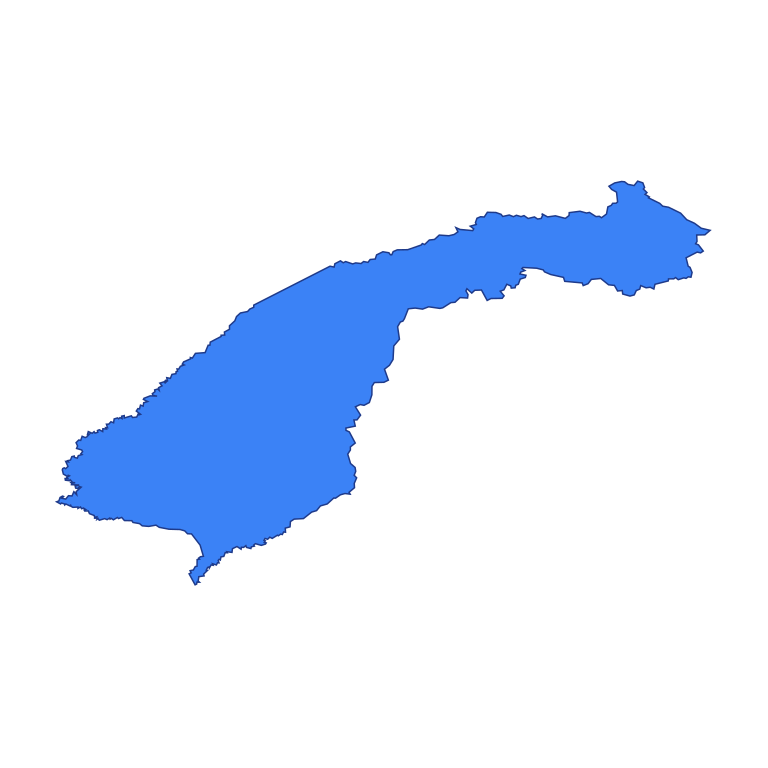 San Vicente Del Caguán, Caquetá, Colombia (Equal Earth projection), rotated 88°
{"feature_id": "7082276B18611822799653", "entity_name": "San Vicente Del Caguán", "entity_type": "district", "adm_level": 2, "iso_a3": "COL", "parent_name": "Colombia", "parent_adm1": "Caquetá", "projection": "equal_earth", "projection_center": [-74.217, 1.75], "detail": "fine", "context": "isolated", "style": "filled", "palette": "blue", "viewbox_px": 768, "rotation_deg": 88, "n_neighbors": 0, "source": "geoboundaries", "source_scale": "gbopen_adm2", "svg_char_len": 6130}
<svg xmlns="http://www.w3.org/2000/svg" viewBox="0 0 768 768"><g transform="rotate(88 384 384)"><path d="M192.0,118.3L190.1,123.4L194.4,127.1L193.0,133.2L190.3,136.5L189.9,139.5L191.1,146.4L194.2,152.3L197.5,149.7L200.4,144.9L210.2,144.2L211.4,145.7L211.4,149.2L213.4,150.6L214.8,154.1L221.9,155.7L225.4,160.8L223.9,163.0L224.1,166.3L219.7,172.7L220.2,175.6L218.2,182.1L219.2,192.9L222.1,193.2L224.8,197.0L221.9,206.8L222.7,214.7L219.3,220.4L220.7,219.5L224.0,221.1L224.5,224.7L222.3,227.8L223.6,234.2L220.6,238.2L221.5,241.2L220.0,245.8L221.3,248.8L219.5,252.9L220.7,259.5L218.5,261.1L216.5,266.2L216.0,274.7L220.6,278.0L220.2,281.7L221.6,285.3L225.9,287.0L227.8,286.2L229.3,292.3L232.1,288.9L233.8,290.0L232.2,302.6L230.2,306.7L234.5,304.8L237.0,308.6L238.1,314.0L237.1,323.6L241.3,328.5L241.7,333.7L246.0,338.5L245.0,340.8L246.4,342.0L250.6,355.6L250.4,366.1L252.0,370.2L255.1,371.7L255.1,373.1L253.0,374.5L251.8,380.5L254.7,386.9L258.8,388.4L259.1,393.5L261.9,395.8L260.9,400.1L262.8,402.7L262.0,408.1L262.9,411.1L260.3,418.1L261.4,420.5L259.4,423.2L262.1,428.9L265.4,429.8L264.4,433.8L300.6,511.4L302.8,511.5L304.4,515.5L306.8,517.8L308.0,525.0L311.4,529.0L315.7,530.9L320.4,536.4L323.9,536.5L326.5,541.7L329.5,541.5L329.6,545.1L330.8,545.1L336.1,556.2L339.1,556.6L339.1,558.4L346.4,561.7L346.8,571.4L351.4,574.6L350.8,576.6L352.1,576.5L354.9,583.5L357.1,584.9L358.0,583.1L359.2,586.9L362.0,588.7L361.7,590.3L364.0,589.9L364.5,591.4L366.4,591.6L367.0,595.6L370.9,597.3L370.1,600.9L373.2,600.4L372.7,602.3L374.0,603.1L373.9,601.1L375.3,602.7L374.1,603.6L375.3,608.0L378.1,605.9L379.8,609.4L382.5,608.9L381.1,610.3L381.9,613.4L383.7,613.2L385.6,615.9L387.4,615.2L388.2,611.2L387.7,618.1L389.9,624.4L391.0,625.0L393.3,620.8L394.3,624.8L397.7,625.5L396.6,628.1L400.3,629.2L400.0,630.8L402.4,632.5L405.8,628.3L406.3,630.0L405.3,630.7L408.4,632.3L408.7,636.5L407.0,637.6L408.9,644.7L406.5,644.7L407.0,647.3L409.4,647.0L408.4,649.0L409.5,650.4L408.6,651.5L409.5,654.9L413.3,655.6L412.2,658.2L414.5,660.5L414.5,662.8L418.1,661.8L417.9,663.7L419.3,663.0L418.9,666.5L421.7,666.8L419.8,670.1L420.5,672.0L422.3,671.7L423.0,674.5L421.5,675.4L423.1,677.3L421.2,681.2L424.1,682.1L423.8,680.2L426.5,682.9L427.1,684.5L425.7,687.5L429.8,689.1L429.3,691.0L431.9,693.8L435.2,692.4L437.7,693.5L439.4,688.4L441.1,687.6L443.1,689.4L444.0,688.3L444.9,692.0L447.4,693.1L446.5,696.0L445.2,696.1L445.7,698.5L449.1,700.0L449.6,703.0L450.8,702.2L450.3,704.8L455.4,702.7L457.5,705.1L456.6,706.5L457.3,708.0L458.6,708.5L462.8,707.6L465.4,703.6L464.2,702.8L464.8,701.6L466.3,704.3L467.6,703.2L467.4,706.0L469.0,705.8L469.7,701.5L468.8,700.9L470.5,699.4L471.4,700.3L471.9,696.1L472.4,699.7L473.7,699.9L474.3,692.2L475.2,696.2L477.3,695.8L477.8,693.4L475.8,692.1L476.5,690.2L480.8,695.4L483.9,695.0L480.8,697.7L485.0,699.7L484.6,703.2L487.9,706.1L486.9,710.0L485.2,708.2L484.8,709.2L486.1,711.7L489.5,713.0L490.3,715.3L492.6,711.4L491.7,710.6L492.6,707.7L493.8,707.3L492.8,706.2L494.8,702.3L493.7,701.0L495.0,701.6L496.4,699.3L496.3,694.1L497.6,694.2L496.3,691.6L498.1,690.6L497.5,688.7L498.8,686.8L498.9,688.3L499.4,686.5L499.6,688.0L500.5,687.5L500.6,683.9L503.3,682.9L505.3,678.2L507.1,677.9L506.8,676.1L508.0,677.3L508.0,675.0L509.2,675.5L508.6,674.5L510.2,673.3L508.8,667.8L509.9,665.5L508.4,662.8L509.5,662.5L508.8,661.2L510.3,659.2L508.1,655.1L509.2,654.0L508.2,650.8L511.4,648.2L511.8,640.8L513.6,639.7L515.0,633.2L517.3,630.6L518.1,624.1L517.1,616.8L519.4,613.6L521.6,604.0L522.3,592.9L523.8,588.3L526.8,585.6L527.1,581.6L538.6,573.4L549.9,570.5L550.2,573.4L551.6,575.4L552.6,574.5L553.0,576.9L559.6,577.2L559.9,579.0L563.2,581.0L563.8,584.3L566.0,583.3L566.9,585.4L578.1,579.8L577.4,578.2L575.5,577.9L575.6,575.4L574.4,576.6L570.1,575.8L569.5,570.5L567.7,570.9L564.2,567.0L563.8,568.1L561.2,566.7L560.7,565.1L561.9,565.0L558.8,563.1L559.2,561.1L557.6,561.7L559.0,557.8L556.9,556.7L557.0,555.1L554.5,555.9L553.5,554.9L554.2,553.7L551.1,553.0L550.7,550.1L547.0,548.6L547.2,546.5L546.1,547.0L547.0,541.8L543.3,541.2L541.3,536.6L544.1,532.6L542.2,532.2L542.4,530.0L540.7,527.7L542.5,527.1L543.8,522.8L542.1,522.2L541.5,519.2L540.4,519.8L539.1,518.1L541.0,512.2L539.8,508.0L538.7,507.3L538.1,509.2L536.6,508.1L536.1,509.4L534.2,508.3L535.1,505.7L533.1,503.5L534.4,501.1L531.4,495.8L532.0,494.9L530.4,492.5L530.9,490.9L528.4,489.5L528.7,487.6L524.6,487.7L523.5,482.9L518.2,482.3L515.9,478.5L515.7,469.2L509.5,460.8L508.2,455.8L503.6,451.8L501.9,444.9L496.2,438.2L496.4,436.4L493.2,431.4L492.1,426.8L492.9,421.7L491.0,422.7L486.6,417.1L482.3,417.2L476.8,414.6L474.2,417.0L470.3,415.3L466.4,415.8L462.3,420.2L452.8,422.7L448.8,419.9L445.7,419.8L442.0,414.8L430.7,420.3L429.0,423.6L426.7,423.6L425.1,414.2L418.9,415.3L418.9,412.2L414.3,408.5L405.8,413.4L403.7,408.5L404.6,404.7L402.0,399.3L394.4,396.5L385.9,396.1L382.2,393.6L382.3,384.0L380.3,379.5L369.2,383.0L365.5,377.9L359.8,374.1L346.3,372.9L339.8,367.0L327.2,368.4L322.6,365.5L321.8,362.9L319.4,361.3L309.7,357.1L309.2,350.2L310.5,342.8L308.4,336.7L310.4,325.5L309.9,322.6L305.0,314.3L304.8,310.2L300.3,305.0L301.0,297.5L297.6,296.9L293.8,298.9L291.7,297.8L296.2,293.1L293.5,290.0L293.5,283.3L304.1,278.0L302.3,274.1L302.5,262.9L300.1,260.9L295.3,264.6L294.1,260.9L288.6,257.8L290.4,253.9L292.6,253.5L292.4,249.6L289.9,248.9L289.0,246.3L283.9,244.2L282.5,239.1L280.3,238.3L278.8,244.3L276.9,243.4L275.5,239.2L273.5,242.2L272.4,241.1L273.6,227.4L275.5,220.9L277.5,219.7L280.4,213.6L283.7,200.9L287.7,199.8L289.9,182.4L292.6,181.5L290.9,176.6L286.7,173.1L286.1,163.7L292.7,156.1L293.5,150.3L299.2,147.3L298.9,142.6L302.4,142.3L304.7,135.1L303.7,130.8L299.4,128.6L298.1,125.1L294.6,124.0L297.0,118.7L296.6,114.6L298.5,111.0L293.8,109.7L290.9,96.3L288.9,96.0L289.0,90.7L287.8,88.9L290.0,86.3L288.4,80.6L289.0,78.5L287.5,76.1L288.0,73.5L283.3,72.2L278.1,74.1L276.9,75.9L268.4,77.7L263.1,66.4L264.0,63.0L262.3,60.3L255.9,64.9L254.7,67.7L252.5,66.2L246.0,66.3L246.1,58.1L241.8,52.7L239.4,61.5L234.2,68.1L230.4,75.7L223.6,81.6L217.3,93.4L216.0,99.3L213.1,102.1L207.2,113.2L206.3,112.3L203.6,116.5L201.9,114.5L198.2,118.0L196.7,116.7L192.0,118.3Z" fill="#3b82f6" stroke="#1e3a8a" stroke-width="1.5"/></g></svg>